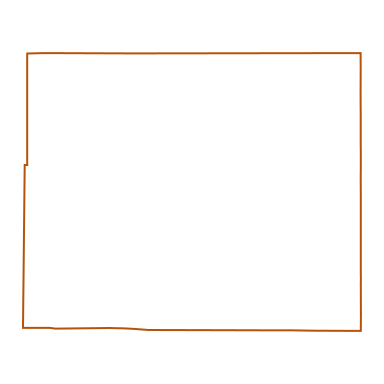 Baca, Colorado, United States of America
{"feature_id": "52423323B14661971146918", "entity_name": "Baca", "entity_type": "district", "adm_level": 2, "iso_a3": "USA", "parent_name": "United States of America", "parent_adm1": "Colorado", "projection": "equal_earth", "projection_center": [-102.362, 37.319], "detail": "fine", "context": "isolated", "style": "outline", "palette": "amber", "viewbox_px": 384, "rotation_deg": 0, "n_neighbors": 0, "source": "geoboundaries", "source_scale": "gbopen_adm2", "svg_char_len": 685}
<svg xmlns="http://www.w3.org/2000/svg" viewBox="0 0 384 384"><path d="M133.0,53.4L43.9,53.1L27.2,53.5L27.2,165.0L24.7,165.0L23.0,327.9L50.2,327.9L55.1,328.6L55.5,328.6L57.5,328.6L102.0,328.1L110.1,328.0L115.7,328.2L122.6,328.3L128.6,328.6L134.4,328.9L148.6,330.0L259.5,330.3L290.1,330.3L307.1,330.6L314.9,330.7L356.9,330.9L360.8,330.9L360.9,317.4L360.9,314.8L360.9,314.2L361.0,313.2L360.9,312.9L360.8,282.4L360.9,280.1L360.8,274.5L360.8,267.4L360.8,217.7L360.8,200.8L360.8,195.8L360.7,177.4L360.8,167.8L360.8,161.8L360.8,153.0L360.7,142.4L360.7,127.6L360.7,112.0L360.6,99.5L360.6,97.0L360.6,89.9L360.7,68.6L360.6,53.1L133.0,53.4Z" fill="none" stroke="#b45309" stroke-width="2"/></svg>